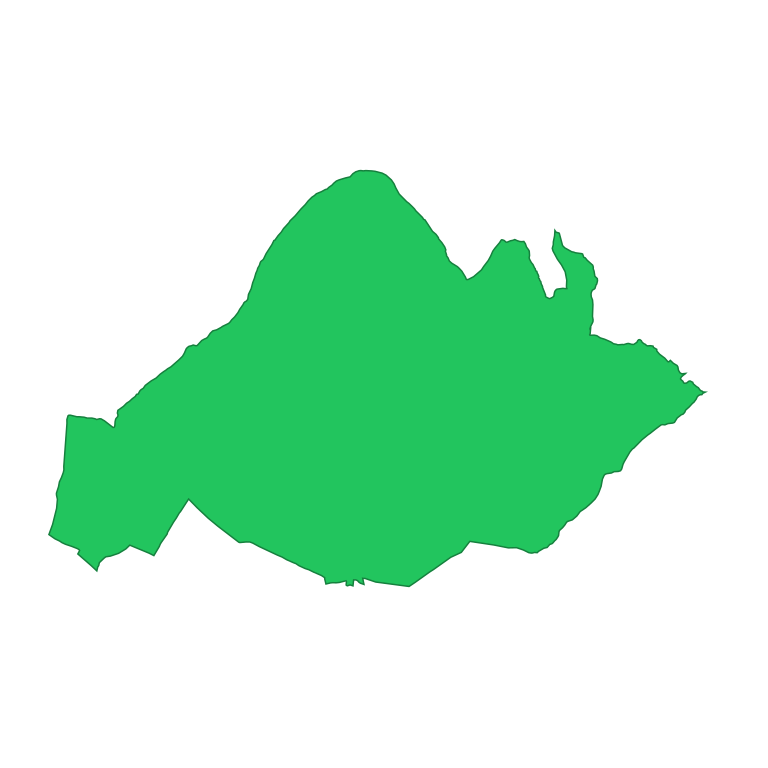 outline of Samsud, Salaj, Romania, rotated 275°
{"feature_id": "2599482B8829364440504", "entity_name": "Samsud", "entity_type": "district", "adm_level": 2, "iso_a3": "ROU", "parent_name": "Romania", "parent_adm1": "Salaj", "projection": "natural_earth1", "projection_center": [22.948, 47.339], "detail": "fine", "context": "isolated", "style": "filled", "palette": "green", "viewbox_px": 768, "rotation_deg": 275, "n_neighbors": 0, "source": "geoboundaries", "source_scale": "gbopen_adm2", "svg_char_len": 6139}
<svg xmlns="http://www.w3.org/2000/svg" viewBox="0 0 768 768"><g transform="rotate(275 384 384)"><path d="M456.5,585.0L456.0,584.7L456.8,584.3L459.5,584.9L464.2,586.7L466.1,586.7L469.5,585.8L481.3,585.2L485.9,584.4L488.9,582.9L491.7,582.4L493.5,582.6L495.7,583.4L496.5,584.7L497.5,585.8L501.2,586.6L502.1,587.2L505.5,587.7L507.6,587.3L509.7,584.7L514.8,583.4L517.0,582.4L518.7,582.3L520.5,581.6L525.0,575.6L527.2,573.5L527.6,572.0L530.8,570.5L531.1,569.6L531.4,563.3L531.9,561.5L532.1,559.5L535.4,552.2L537.5,549.8L549.4,545.5L549.7,545.1L550.2,542.2L551.8,540.9L546.5,541.0L540.3,540.3L537.4,540.5L533.8,539.8L531.2,540.8L523.4,545.9L518.0,550.5L511.6,554.7L503.4,557.0L498.0,557.2L496.0,557.4L495.0,557.9L494.8,556.7L494.9,553.9L493.6,548.1L493.1,547.4L491.8,546.4L490.3,545.9L486.1,545.5L484.9,544.1L483.5,541.7L483.6,540.8L484.8,537.8L485.6,537.2L486.7,537.2L494.1,533.5L495.0,533.4L497.5,531.9L499.8,531.2L500.6,530.3L502.3,529.6L503.0,528.8L503.8,528.6L504.6,528.8L506.4,528.0L508.0,526.9L508.9,526.7L509.6,526.3L509.6,525.8L510.4,525.1L512.0,524.6L512.7,523.9L516.0,522.0L517.8,520.2L521.0,518.1L522.4,517.6L524.7,517.8L529.1,517.1L530.4,516.2L532.9,514.0L536.1,512.6L538.2,510.9L537.8,508.6L537.8,506.9L538.4,504.2L539.3,501.7L538.4,499.9L537.7,497.5L536.0,494.3L535.9,493.4L537.5,491.1L537.9,489.5L537.9,488.6L537.4,488.1L534.7,486.7L529.0,482.7L525.8,480.8L520.7,479.1L516.1,477.1L509.8,473.1L506.1,471.1L498.7,463.9L495.5,458.8L495.2,457.4L495.4,456.9L497.6,455.8L503.2,451.7L505.9,448.7L507.3,446.9L510.3,440.9L512.2,438.4L515.4,436.7L517.1,435.1L518.0,435.1L521.6,433.6L523.0,433.9L525.9,432.5L529.9,429.3L532.8,426.3L533.5,425.7L534.6,425.4L537.6,422.8L540.3,419.0L551.1,410.5L551.5,409.1L553.3,407.8L559.3,400.6L561.1,399.1L563.1,396.8L566.1,393.1L567.6,390.7L574.5,382.6L580.3,378.7L584.2,376.6L587.9,373.6L592.2,367.9L593.9,363.8L595.1,356.6L595.2,353.5L595.0,347.2L594.5,344.7L594.6,342.3L594.3,340.6L592.9,337.3L590.8,334.7L587.4,332.2L585.9,327.6L583.4,321.4L582.0,318.8L579.6,316.4L577.6,314.9L574.9,311.7L573.3,310.5L572.6,308.6L570.2,305.0L567.6,300.0L565.7,298.3L563.8,295.9L559.9,292.6L555.8,289.9L551.2,286.1L543.6,280.7L538.4,276.2L536.5,275.3L530.1,270.4L526.3,268.4L522.6,265.6L517.8,262.8L517.3,261.8L513.1,260.2L503.6,255.2L498.0,253.1L496.9,252.3L495.4,250.7L494.4,250.2L491.3,249.5L488.3,248.1L486.1,247.7L483.2,246.7L478.0,245.7L473.5,244.4L467.4,243.4L461.5,241.2L456.5,240.9L454.5,239.6L453.9,238.5L452.4,237.2L451.0,236.8L445.9,233.8L442.4,232.3L437.7,229.3L434.7,226.7L432.1,225.1L430.8,223.9L427.2,217.9L426.4,217.1L423.4,212.6L422.0,208.8L419.4,206.5L415.4,204.3L414.2,203.2L413.1,201.1L411.4,198.6L406.1,194.6L405.7,193.4L406.2,190.5L405.3,188.8L404.6,186.5L403.2,184.9L401.8,183.9L397.3,182.4L394.1,180.9L390.0,177.4L382.5,170.2L380.3,167.1L378.6,165.3L377.2,163.5L374.3,160.2L370.1,156.5L366.8,151.8L361.8,146.3L358.8,144.6L357.2,142.5L355.7,141.3L352.6,140.0L352.1,138.4L349.9,137.3L347.4,134.5L344.5,131.9L342.4,129.2L339.0,126.4L334.6,121.2L331.8,120.9L330.3,121.6L329.3,121.7L328.2,121.5L326.2,120.0L325.3,119.7L323.0,119.4L319.5,119.5L318.0,119.3L317.3,118.9L317.1,117.8L322.9,108.8L324.6,105.2L324.6,103.7L323.6,100.9L324.2,99.1L324.6,95.8L324.2,91.2L324.8,88.2L324.8,83.1L324.6,80.9L325.6,74.3L325.4,72.7L324.8,72.0L321.0,71.2L317.0,71.6L274.0,72.2L270.6,72.6L267.7,72.2L262.6,70.8L258.3,69.2L253.2,68.7L246.7,67.2L244.9,67.4L240.7,68.7L231.6,68.7L215.2,66.1L204.8,63.3L201.1,69.7L199.3,74.5L197.9,77.0L196.6,80.6L195.0,87.2L193.3,92.9L192.4,94.7L191.6,95.3L188.0,93.8L177.5,108.2L172.8,114.2L176.8,114.8L178.2,115.6L181.2,116.0L186.1,120.3L187.6,121.9L188.7,126.4L192.2,134.4L197.2,141.2L201.3,144.8L195.0,164.7L193.0,169.7L202.5,174.3L204.8,175.0L206.5,175.8L215.5,181.0L217.6,181.4L228.1,186.4L232.4,188.8L237.9,191.4L239.0,192.3L252.4,199.4L244.3,208.8L234.9,220.7L227.8,231.0L213.8,253.0L213.5,254.2L214.6,260.3L214.9,264.2L214.1,267.1L211.2,273.8L204.3,292.6L202.7,297.6L200.5,302.3L198.1,309.3L197.4,311.9L195.7,314.9L195.2,316.2L193.3,321.5L192.4,325.4L190.5,330.2L187.8,338.3L185.9,341.8L184.7,341.9L179.7,343.6L181.2,348.1L181.6,350.3L181.8,353.7L182.4,356.8L184.7,363.3L184.0,363.8L180.6,363.8L180.1,364.1L179.8,365.2L180.9,367.7L180.2,370.7L186.2,370.8L186.4,373.0L185.8,374.8L184.5,376.1L183.5,377.8L182.6,381.5L188.6,379.7L188.5,380.8L188.7,381.9L186.0,393.0L184.5,426.6L189.1,432.3L200.9,446.1L203.5,449.5L217.2,465.6L223.0,475.7L234.7,483.2L233.2,507.5L231.6,522.1L232.5,530.4L230.8,537.3L228.6,542.9L228.4,545.4L228.6,546.7L229.3,548.6L229.3,551.3L230.8,552.6L234.3,557.5L235.4,560.8L238.6,563.1L239.6,565.3L240.4,566.1L242.7,567.7L244.2,569.1L246.8,570.5L248.2,571.1L252.2,571.2L253.5,571.7L256.4,574.4L259.1,576.3L262.3,578.0L263.2,579.1L265.1,583.5L269.3,587.6L274.0,590.5L278.3,595.8L283.5,600.7L287.8,604.3L292.6,606.8L295.8,607.8L301.0,609.2L308.3,609.9L312.3,611.3L313.4,612.3L314.1,613.8L315.2,618.4L316.7,620.8L317.3,625.0L318.2,627.2L320.0,628.2L324.8,629.1L327.5,630.1L337.7,634.9L340.9,637.1L342.0,638.5L351.0,645.9L356.1,651.1L358.1,653.5L362.4,658.0L367.4,663.6L367.8,664.8L367.8,667.4L369.3,670.3L370.3,675.2L371.1,676.7L375.8,679.1L379.3,682.9L380.0,684.5L381.9,686.0L384.3,686.8L387.7,690.0L391.6,693.0L392.8,694.3L396.1,696.3L398.4,697.1L400.0,698.4L400.8,699.8L401.1,701.6L402.6,702.5L403.9,704.7L403.9,702.5L404.7,701.4L404.8,700.5L405.8,699.1L407.7,697.5L408.7,695.5L411.0,692.2L412.6,691.4L413.7,688.6L413.3,687.4L411.3,685.3L410.9,683.1L411.5,682.3L412.9,681.4L414.3,679.4L414.9,678.9L416.8,679.5L419.0,681.5L420.0,682.8L420.8,683.5L420.1,679.9L420.7,678.3L421.4,677.5L423.5,676.1L426.6,675.3L428.0,674.3L429.8,670.5L432.5,667.2L430.9,665.8L431.0,664.8L434.2,661.5L437.7,655.9L440.6,652.9L442.3,652.7L443.9,649.3L445.2,648.7L445.4,645.9L444.9,643.1L445.4,641.9L446.2,641.1L446.8,639.4L448.1,637.5L449.6,636.5L450.5,635.0L450.2,633.7L449.1,632.9L447.6,632.3L445.2,629.4L445.1,627.3L445.7,624.3L445.5,622.8L444.1,619.3L444.2,618.3L443.4,613.5L443.8,612.1L444.1,609.1L445.4,606.9L446.1,605.1L447.8,600.0L448.8,595.4L450.7,591.8L451.0,589.1L450.5,585.0L451.1,584.6L452.1,585.0L456.5,585.0Z" fill="#22c55e" stroke="#15803d" stroke-width="1.5"/></g></svg>